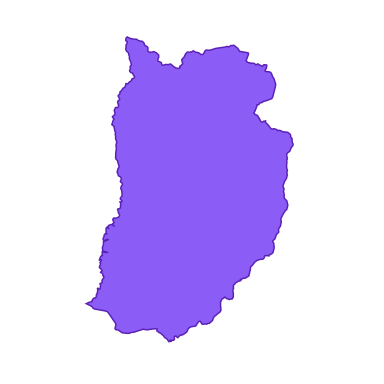 the district of Ilebo, Kasaï-Occidental, Democratic Republic of the Congo, rotated 12°
{"feature_id": "63176286B19501088760626", "entity_name": "Ilebo", "entity_type": "district", "adm_level": 2, "iso_a3": "COD", "parent_name": "Democratic Republic of the Congo", "parent_adm1": "Kasaï-Occidental", "projection": "mercator", "projection_center": [20.49, -5.056], "detail": "fine", "context": "isolated", "style": "filled", "palette": "violet", "viewbox_px": 384, "rotation_deg": 12, "n_neighbors": 0, "source": "geoboundaries", "source_scale": "gbopen_adm2", "svg_char_len": 6008}
<svg xmlns="http://www.w3.org/2000/svg" viewBox="0 0 384 384"><g transform="rotate(12 192 192)"><path d="M111.8,323.2L117.7,324.7L119.4,326.2L120.8,326.7L132.1,326.4L133.5,326.5L134.9,327.2L145.1,336.9L145.1,341.6L146.0,342.5L148.3,342.3L153.0,344.2L158.3,343.7L160.4,343.1L161.3,342.2L164.3,341.2L172.7,336.4L176.6,336.2L182.1,334.1L186.1,333.0L186.7,335.4L187.6,335.5L188.8,336.3L190.7,336.7L194.2,338.7L195.5,340.0L198.1,341.0L200.4,343.2L202.8,342.3L202.8,341.9L201.5,341.8L201.8,341.4L204.9,340.9L205.5,339.5L204.8,337.5L205.1,336.7L206.4,336.2L207.9,337.4L208.4,337.5L210.2,334.4L211.6,334.2L213.4,332.9L216.0,330.0L216.8,326.3L217.9,325.0L219.3,323.9L222.8,322.7L223.6,322.1L225.2,317.8L226.2,316.9L227.1,316.8L229.1,319.0L230.2,319.1L232.4,318.2L233.7,318.3L235.1,317.1L236.2,316.9L238.7,313.6L239.3,309.9L243.0,305.0L244.1,304.0L244.6,302.8L244.9,301.3L244.2,299.9L244.2,298.8L243.7,298.0L242.8,293.5L243.7,290.2L245.5,288.9L245.8,288.1L246.8,288.2L248.4,289.2L249.2,289.1L250.9,289.4L251.6,288.9L253.6,288.2L254.2,286.1L253.6,282.9L252.3,279.4L252.7,277.7L251.9,274.9L252.4,273.9L254.0,271.4L255.8,269.7L257.2,269.1L257.5,267.8L258.0,268.3L259.3,266.1L262.1,265.1L265.0,262.4L265.2,255.2L264.8,253.9L265.3,252.5L266.3,251.1L268.2,247.2L270.2,245.1L273.0,243.6L275.1,243.1L276.1,242.0L276.6,239.0L280.7,238.4L280.6,237.5L282.9,235.8L283.8,234.5L284.0,229.5L282.6,225.2L281.2,223.6L281.3,222.9L282.9,220.4L283.4,216.1L284.1,215.0L284.2,214.4L285.0,213.7L285.2,213.1L284.3,210.5L285.5,207.2L285.6,203.4L285.4,202.1L284.5,200.2L284.5,199.4L286.2,193.0L286.8,192.2L287.0,190.9L288.3,189.6L288.5,185.0L286.5,180.8L284.0,179.2L283.1,178.1L282.9,175.8L281.5,172.6L281.3,169.5L280.6,169.0L279.7,167.0L280.4,162.3L281.6,159.0L281.6,155.3L280.7,153.4L280.9,151.3L279.7,149.0L278.9,146.1L278.7,143.3L278.1,142.0L278.3,140.1L278.0,138.7L276.9,136.4L276.9,134.9L277.6,133.5L279.1,131.9L279.9,127.8L281.0,125.7L281.0,124.2L279.5,122.3L278.9,119.3L278.0,118.2L277.2,117.9L276.6,115.9L275.9,115.0L273.2,113.7L271.9,113.8L271.3,114.2L269.9,113.8L268.6,114.4L266.7,113.7L264.7,113.5L263.0,114.1L261.9,113.3L259.8,113.1L258.5,113.2L257.3,113.9L256.0,113.6L252.4,110.5L249.5,108.7L249.2,108.3L249.3,107.2L248.9,107.1L248.3,107.9L247.4,107.8L246.5,108.9L245.7,109.1L244.6,108.6L241.9,105.3L241.0,104.8L240.6,103.9L239.8,103.4L237.9,103.1L236.0,102.0L236.8,99.6L237.6,94.6L237.3,93.4L239.1,92.7L239.7,91.0L242.2,89.7L243.2,88.3L244.8,87.8L250.6,84.1L251.2,82.2L251.6,72.8L251.6,70.4L251.3,68.9L248.6,64.1L246.9,62.4L245.1,59.6L244.0,58.6L241.9,58.4L239.1,58.8L238.4,58.6L238.3,57.6L239.0,55.2L238.8,52.4L238.2,52.2L236.1,52.5L235.6,52.8L234.8,54.3L232.9,54.1L232.3,53.7L231.1,53.8L230.4,53.1L229.6,53.1L228.1,54.3L226.3,53.4L224.7,53.3L222.4,54.0L221.6,53.5L220.8,53.8L219.7,53.6L217.6,52.5L218.6,45.7L218.3,44.4L217.3,44.2L209.3,44.5L206.9,41.9L202.4,39.8L199.4,40.8L198.0,42.3L195.7,42.4L194.8,43.1L185.4,46.6L180.1,49.6L176.3,50.2L175.4,51.2L174.5,54.7L173.5,55.4L171.9,55.6L169.5,54.4L165.9,54.4L163.9,53.6L162.6,55.0L161.5,55.3L160.9,55.8L158.9,55.9L158.1,56.3L157.0,58.3L156.1,62.0L154.9,63.8L154.5,65.0L156.2,68.4L156.0,69.2L153.9,71.6L154.5,72.6L154.3,73.1L152.6,74.1L150.4,74.0L148.1,73.2L144.7,71.3L143.6,71.5L142.4,72.4L140.0,72.6L137.2,74.1L136.1,73.8L135.1,71.9L134.4,71.6L131.5,71.1L130.9,68.7L131.5,67.4L131.0,65.1L128.3,63.3L125.5,62.6L122.7,64.0L121.8,63.8L120.7,64.0L120.0,63.6L119.3,62.9L119.0,60.2L118.3,59.4L117.4,58.9L115.6,58.5L114.8,57.9L114.3,56.5L112.2,55.0L109.1,55.1L107.7,54.9L106.1,54.1L102.4,54.7L99.5,54.6L96.4,53.8L95.5,55.1L95.6,57.4L96.4,58.1L97.4,58.4L97.7,59.0L96.9,62.0L97.4,63.9L97.4,65.8L98.1,67.2L98.9,68.0L100.7,68.9L101.2,69.7L101.6,70.9L102.5,72.0L103.0,74.7L105.2,77.7L106.3,80.4L105.4,82.1L106.1,84.3L105.7,86.0L106.1,87.0L107.4,87.9L109.2,88.0L110.1,89.5L111.8,91.1L111.9,92.2L111.0,93.2L109.8,93.7L109.5,95.9L107.9,97.3L106.7,99.5L104.9,99.7L104.8,102.6L104.2,103.8L102.8,105.0L102.0,107.3L100.7,109.2L101.1,110.4L99.7,113.4L101.6,115.6L102.0,116.8L100.7,118.3L100.5,119.1L101.3,121.3L102.3,122.4L102.0,124.4L101.6,124.9L99.8,125.2L99.4,125.7L99.5,126.4L98.9,128.2L100.2,130.7L100.4,131.9L99.8,133.3L98.5,134.7L98.7,135.3L100.5,136.8L100.0,138.2L99.6,142.8L102.0,144.0L103.7,148.1L105.0,150.0L104.8,151.1L106.0,154.3L106.0,155.4L108.0,158.8L107.9,162.1L108.9,164.7L109.3,169.6L110.2,174.5L110.9,175.7L112.8,176.9L113.1,178.0L115.2,181.8L115.4,183.0L114.7,185.1L114.6,188.2L115.8,189.7L116.6,191.4L119.0,192.2L119.8,193.0L120.1,194.1L119.7,196.4L120.0,197.0L121.7,197.8L122.2,198.6L122.3,199.3L121.5,201.9L121.7,203.7L122.9,205.0L124.4,209.8L123.2,213.2L123.3,213.7L125.3,215.2L125.4,215.7L125.3,216.1L123.6,216.7L125.1,218.8L124.8,220.1L125.2,221.2L125.2,222.5L124.4,223.4L123.1,223.9L122.9,224.8L123.7,225.8L124.1,227.3L125.7,229.1L126.1,230.4L125.4,231.8L122.4,233.8L121.2,233.5L120.6,234.0L120.2,235.4L122.0,238.2L121.0,239.6L121.4,240.3L122.5,241.3L122.0,241.3L120.9,240.4L119.5,240.7L117.8,241.7L116.3,244.0L117.3,244.1L117.8,244.7L115.8,244.7L115.5,245.2L116.4,249.9L117.8,250.9L116.1,250.7L115.6,251.1L115.0,252.6L115.2,253.9L114.7,256.0L115.1,257.2L115.6,257.6L116.6,257.6L119.2,255.9L119.8,256.0L119.5,256.5L118.6,256.9L117.2,258.1L116.0,258.3L115.7,258.7L116.3,261.9L115.9,265.0L116.7,267.5L117.4,268.5L119.0,268.3L121.6,268.7L121.2,269.0L119.0,269.2L116.8,268.8L116.5,269.3L117.0,270.2L117.0,271.7L117.6,272.8L116.5,273.4L116.0,274.3L115.5,277.5L115.6,277.9L116.2,277.8L117.1,277.1L117.5,277.2L117.5,278.2L116.6,280.2L117.6,281.1L117.3,282.7L117.4,283.1L117.0,284.0L117.2,285.2L118.8,286.1L120.5,287.8L119.2,289.5L119.4,289.8L120.6,289.9L122.1,291.1L122.1,292.1L123.7,293.7L122.3,297.1L122.9,299.2L122.5,299.9L121.1,300.6L121.1,301.1L122.0,302.2L122.2,305.8L121.9,306.2L121.2,306.2L120.4,305.7L119.7,305.8L119.6,306.3L120.3,307.6L120.2,309.3L120.6,310.3L120.1,310.9L120.3,311.4L119.8,312.3L120.2,314.5L119.3,315.8L118.3,316.0L117.5,317.1L116.8,318.7L117.2,319.4L116.3,320.4L114.6,321.1L111.8,323.2Z" fill="#8b5cf6" stroke="#5b21b6" stroke-width="1.5"/></g></svg>